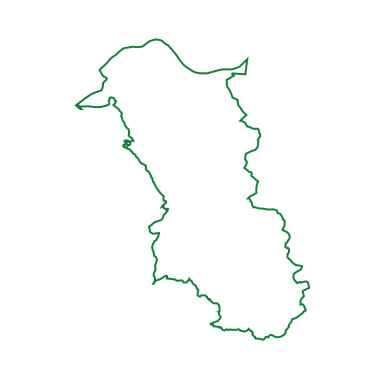 Branisca, Hunedoara, Romania (Equal Earth projection), rotated 172°
{"feature_id": "2599482B69726468396630", "entity_name": "Branisca", "entity_type": "district", "adm_level": 2, "iso_a3": "ROU", "parent_name": "Romania", "parent_adm1": "Hunedoara", "projection": "equal_earth", "projection_center": [22.77, 45.979], "detail": "fine", "context": "isolated", "style": "outline", "palette": "green", "viewbox_px": 384, "rotation_deg": 172, "n_neighbors": 0, "source": "geoboundaries", "source_scale": "gbopen_adm2", "svg_char_len": 6002}
<svg xmlns="http://www.w3.org/2000/svg" viewBox="0 0 384 384"><g transform="rotate(172 192 192)"><path d="M266.6,325.7L264.0,319.1L260.9,317.0L260.5,316.3L261.0,315.2L263.3,313.8L265.1,311.9L265.2,310.4L265.8,308.3L266.7,306.5L268.1,305.0L274.6,303.9L278.7,302.6L283.4,300.3L294.8,294.0L293.5,292.6L293.1,291.6L290.7,289.6L290.0,289.5L291.9,291.6L292.6,293.2L292.3,293.4L290.6,292.1L282.7,291.3L275.8,289.5L270.5,288.9L264.8,289.5L262.1,290.2L261.5,291.6L261.6,294.4L260.9,294.9L260.1,296.8L259.4,297.1L256.6,296.0L255.9,295.1L256.0,294.3L255.7,293.3L254.7,292.6L254.6,292.3L256.2,290.1L257.7,289.1L253.0,284.0L252.4,282.6L250.8,280.3L250.6,279.3L251.4,277.6L251.5,276.9L251.0,275.1L251.0,273.4L250.5,271.9L249.3,270.0L249.1,269.4L249.4,268.4L248.9,267.2L247.9,265.1L246.5,263.5L246.1,262.4L245.8,260.4L246.3,259.2L246.2,258.2L246.8,257.2L246.8,256.5L243.6,252.9L243.1,251.0L243.9,251.4L245.6,250.0L246.6,250.9L247.3,251.0L249.7,252.4L250.2,252.1L251.6,252.2L251.7,251.2L250.7,251.1L250.1,250.4L249.3,250.4L249.6,250.9L248.9,250.9L248.1,250.4L246.5,250.3L246.3,249.8L246.6,247.7L247.3,247.2L248.1,247.5L248.5,247.3L249.5,246.1L249.7,246.6L249.4,247.9L250.5,249.1L251.7,248.7L251.7,248.2L251.8,248.0L252.3,248.5L252.9,248.2L252.8,247.8L253.2,248.0L253.5,247.6L252.8,246.9L252.4,246.0L252.8,246.0L251.4,244.8L250.4,244.6L249.3,243.5L247.2,242.5L246.9,241.2L245.6,240.1L245.6,239.2L244.9,238.8L244.5,237.7L242.8,236.8L242.8,235.7L242.3,234.4L240.7,232.9L239.7,229.8L239.0,228.5L238.4,228.0L238.2,227.4L235.8,226.0L234.7,224.9L234.0,224.5L234.2,223.8L234.1,223.0L234.5,221.7L234.1,221.2L234.3,220.6L233.9,219.5L232.1,218.3L231.4,216.8L231.3,216.0L230.7,215.0L230.2,212.2L229.4,211.4L229.5,209.9L229.2,209.3L229.0,207.0L228.2,206.7L227.8,204.1L227.0,202.6L226.7,201.2L223.3,195.0L220.4,191.4L221.1,190.4L221.2,187.4L219.0,186.4L219.2,185.1L219.8,184.5L221.0,184.3L221.6,182.8L222.1,182.5L222.8,182.8L224.0,181.2L223.0,181.3L221.9,179.9L221.0,179.4L220.1,177.8L219.8,177.8L219.1,178.8L218.2,178.5L218.7,177.1L221.7,174.1L222.9,173.5L223.7,172.3L224.8,169.7L226.2,168.7L230.2,167.7L232.1,167.7L233.9,167.0L237.4,164.5L238.6,164.3L239.5,163.5L239.5,162.8L239.0,160.9L239.1,158.9L238.9,158.1L236.7,156.1L230.4,155.9L231.5,152.9L232.1,151.9L233.1,151.0L234.3,149.2L236.1,148.5L238.6,144.5L239.2,142.9L239.0,140.4L238.3,137.1L238.4,134.1L236.9,132.8L236.2,130.8L236.2,129.6L237.8,126.0L239.0,124.0L238.7,122.0L239.4,119.0L240.2,118.3L241.7,115.4L241.7,114.7L240.7,112.1L240.9,109.8L242.2,107.7L243.3,106.5L243.0,106.4L240.7,108.8L239.8,109.3L236.8,109.9L234.1,110.7L230.7,112.3L228.7,112.6L228.4,111.3L229.0,110.0L228.6,109.6L226.5,109.3L221.3,107.8L220.6,107.4L219.3,106.1L214.5,106.0L213.7,105.3L213.3,104.1L212.8,103.5L209.7,103.2L208.7,104.4L207.5,105.0L206.8,106.3L206.5,105.5L204.8,103.8L203.9,101.3L203.0,100.1L201.3,98.7L200.5,95.5L199.5,94.5L199.4,93.6L199.9,92.9L200.5,90.9L200.7,88.7L198.7,87.2L197.1,88.4L193.4,87.8L191.8,86.2L192.0,85.8L191.8,85.4L190.8,84.3L190.7,83.6L189.9,83.6L189.9,82.9L189.1,82.9L189.2,82.3L188.6,81.2L187.9,80.9L186.6,79.1L185.2,78.6L182.5,78.3L181.7,77.1L181.3,76.9L181.1,74.9L180.7,73.3L181.3,70.3L181.7,69.9L182.3,69.8L182.0,69.5L181.9,68.9L182.4,68.2L181.9,65.6L181.1,65.0L181.2,63.6L184.5,60.6L190.0,59.5L192.0,58.7L191.8,58.3L189.5,57.8L189.3,57.0L189.7,56.6L189.3,56.0L183.4,54.5L183.8,54.1L183.8,53.9L181.4,53.0L181.2,51.6L179.4,50.4L178.5,50.5L177.2,51.2L175.2,50.4L173.0,50.5L171.2,49.9L169.9,49.9L168.9,49.4L168.0,49.5L166.7,49.3L165.4,49.7L163.8,48.9L163.6,48.0L159.2,46.5L157.4,46.8L155.6,47.8L154.9,48.6L153.3,46.4L152.2,45.8L152.2,45.2L151.7,44.8L151.4,43.5L151.9,42.8L151.9,42.2L150.9,40.7L149.8,39.8L149.7,38.3L149.2,38.0L145.6,37.3L142.3,35.8L141.3,36.1L140.8,36.8L139.8,37.1L139.4,38.0L138.3,38.3L136.6,37.6L135.4,39.0L134.2,39.5L132.6,39.2L130.5,37.2L128.9,36.9L128.0,36.3L126.6,36.2L123.4,36.6L119.9,38.3L118.7,40.2L118.5,41.8L114.8,44.9L114.9,46.2L114.4,47.0L111.7,49.5L110.6,52.0L107.0,52.6L106.1,53.0L99.1,56.8L97.7,58.3L96.0,58.8L95.8,59.2L96.6,61.9L96.7,63.3L98.0,65.4L100.3,65.4L99.7,69.2L98.4,70.9L95.7,73.2L96.2,78.0L95.7,78.7L89.2,80.9L89.6,83.3L89.5,84.7L89.8,86.0L90.8,87.3L91.2,87.4L92.9,87.6L96.9,87.1L97.6,87.9L100.5,87.1L102.9,90.8L103.3,91.7L103.5,93.0L103.2,94.0L103.1,95.2L102.6,96.4L101.4,97.4L98.4,98.8L95.2,99.9L93.3,103.0L94.9,103.9L98.3,104.9L99.2,104.8L99.4,105.5L101.2,106.7L102.7,108.6L103.5,110.0L103.7,110.8L105.6,112.4L106.5,114.2L106.1,116.5L105.6,117.7L104.4,119.0L104.0,120.3L104.1,122.6L104.7,123.2L105.9,123.2L106.2,123.9L107.4,124.8L106.2,128.3L104.8,128.7L103.7,130.5L102.5,131.8L101.8,132.9L101.3,134.9L102.7,138.1L103.9,139.5L105.4,140.0L105.8,140.6L107.7,141.8L104.9,146.4L104.3,150.6L105.9,152.3L105.7,153.5L107.5,157.9L110.1,159.2L110.7,162.2L113.7,163.4L119.6,164.2L123.9,165.6L127.2,166.2L132.4,168.4L133.4,168.3L134.3,171.1L134.5,172.2L134.2,173.1L135.3,174.9L136.1,177.5L136.5,177.8L137.4,177.9L135.6,179.3L128.5,182.0L127.6,187.7L126.0,191.9L125.0,193.2L126.2,194.3L129.3,198.1L131.0,199.6L130.2,201.6L130.6,203.3L132.8,204.0L134.0,205.8L136.8,208.5L134.3,211.8L133.4,214.2L134.9,217.1L133.3,222.3L127.1,224.3L123.6,224.8L120.9,227.1L119.3,232.1L119.5,234.7L116.9,237.4L116.4,239.9L117.0,241.0L117.3,244.2L118.0,245.5L122.2,246.0L126.6,248.6L128.2,249.2L129.8,253.3L133.2,255.5L134.2,255.8L131.1,258.2L127.4,260.6L131.1,265.5L131.9,267.9L133.7,270.9L134.2,272.6L134.2,274.9L134.0,275.3L134.5,276.1L134.2,276.7L134.7,277.4L138.7,279.8L139.4,283.6L140.7,287.7L142.5,291.7L142.7,294.2L142.3,294.8L142.1,298.1L138.6,299.5L137.4,300.3L134.3,301.3L134.6,302.4L135.7,303.0L135.4,303.8L122.8,301.1L118.8,315.8L127.5,309.4L134.1,308.0L136.9,308.1L143.7,309.0L147.2,309.1L160.6,307.4L167.9,308.5L171.9,309.9L174.6,311.6L180.0,316.3L182.7,319.2L186.3,325.1L188.5,330.1L194.9,340.2L198.5,343.2L200.6,345.8L202.4,346.9L207.0,348.2L212.9,347.3L220.9,342.9L226.3,343.1L230.3,344.1L238.6,343.9L240.6,343.4L244.7,341.0L247.5,338.9L253.6,335.8L258.2,331.7L266.6,325.7Z" fill="none" stroke="#15803d" stroke-width="2"/></g></svg>